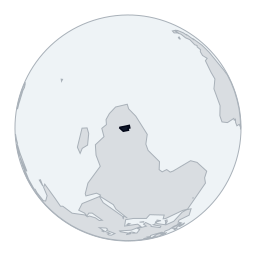 Ghanzi highlighted on a globe, orthographic projection, rotated 168°
{"feature_id": "BWA-1191", "entity_name": "Ghanzi", "entity_type": "District", "adm_level": 1, "iso_a3": "BWA", "parent_name": "Botswana", "parent_adm1": "", "projection": "orthographic", "projection_center": [20.983, -22.159], "detail": "fine", "context": "on_globe", "style": "filled", "palette": "ink", "viewbox_px": 256, "rotation_deg": 168, "n_neighbors": 0, "source": "natural_earth", "source_scale": "10m", "svg_char_len": 4578}
<svg xmlns="http://www.w3.org/2000/svg" viewBox="0 0 256 256"><g transform="rotate(168 128 128)"><circle cx="128" cy="128" r="113" fill="#eef3f6" stroke="#a8b0b8"/><path d="M17.6,105.5L18.2,103.4L17.8,105.1L18.4,108.5L21.0,107.5L21.6,111.0L21.1,114.2L22.4,113.6L22.5,115.4L29.6,112.6L34.8,114.4L35.6,120.9L33.3,130.7L35.8,148.4L32.8,157.9L35.2,165.2L38.3,177.7L36.1,179.7L40.0,183.4L41.4,187.6L40.8,189.6L43.5,193.0L43.3,194.4L45.4,195.5L49.2,201.6L52.9,204.2L56.7,208.8L59.2,210.2L59.1,210.7L60.1,212.0L61.6,213.1L59.4,213.2L54.1,209.6L51.4,206.8L51.2,207.2L45.0,200.3L46.3,202.3L38.5,193.7L33.0,185.4L22.0,164.1L20.6,160.9L19.9,159.6L17.7,150.8L16.2,141.8L15.5,132.7L15.4,123.6L16.2,114.5L17.6,105.5ZM64.4,213.7L60.3,213.7L62.0,213.4L59.6,210.7L63.1,211.4L64.4,213.7ZM59.1,206.5L58.4,204.3L59.3,204.5L59.9,206.1L59.1,206.5ZM142.3,16.3L141.7,16.2L137.4,15.8L141.7,16.4L141.2,16.2L143.5,16.5L144.2,16.5L145.0,16.6L145.8,16.8L153.7,18.3L161.6,20.5L169.2,23.2L176.7,26.4L183.8,30.2L190.7,34.5L197.3,39.2L203.5,44.4L209.3,50.1L214.7,56.1L219.7,62.6L224.2,69.4L228.1,76.4L231.6,83.8L234.5,91.3L236.9,99.1L238.7,107.0L238.8,108.1L238.4,105.7L235.6,96.0L236.8,102.7L239.0,112.1L239.8,120.7L238.9,115.9L237.9,108.3L236.9,104.6L235.9,98.5L232.6,87.9L231.6,87.4L230.5,83.8L225.9,74.5L223.7,73.7L221.2,78.6L222.9,87.6L221.1,90.4L214.0,74.4L210.3,65.5L208.0,65.0L200.4,56.3L188.2,51.9L186.2,49.6L184.0,49.9L178.6,46.9L175.4,43.5L172.3,43.1L180.7,52.2L184.0,52.9L186.4,50.6L188.2,53.8L193.3,57.8L188.6,63.6L170.1,66.9L167.8,60.1L151.5,42.5L151.7,40.9L151.6,40.7L151.4,40.4L150.3,42.9L147.4,40.0L156.6,51.0L158.3,56.1L169.8,67.2L168.8,68.1L172.4,70.8L183.3,70.3L183.5,72.6L178.6,82.5L163.1,96.3L164.9,108.1L163.4,118.4L153.3,124.5L153.7,133.1L148.4,135.8L147.7,140.8L143.2,146.0L135.8,151.1L123.8,151.4L123.4,146.6L117.9,137.9L110.5,117.8L113.9,108.5L113.0,101.9L104.2,88.5L106.2,80.8L103.7,78.0L98.8,79.3L95.9,76.1L92.9,76.5L73.6,83.0L67.6,80.0L60.0,69.4L63.4,63.4L63.7,58.0L86.6,36.3L91.8,36.0L110.2,31.6L112.5,31.9L110.7,35.3L124.8,38.7L128.9,35.7L141.3,38.4L149.4,38.8L151.7,32.8L138.5,31.9L135.9,29.0L146.2,27.4L157.6,29.1L157.0,28.1L149.5,25.1L151.8,24.0L146.8,24.1L149.0,25.2L146.0,25.5L143.7,24.5L144.7,24.1L141.1,23.4L137.7,26.3L139.6,27.7L130.5,28.2L132.8,30.7L130.4,31.9L125.6,28.2L125.9,26.9L117.3,23.9L116.2,25.2L124.2,28.3L121.9,28.1L120.4,30.4L119.6,28.5L111.1,25.4L102.7,27.2L92.5,34.4L87.5,35.9L83.1,35.9L86.4,30.0L97.2,27.3L98.5,25.6L95.9,24.3L99.4,23.8L99.7,23.1L103.7,22.3L109.0,20.1L113.1,19.5L114.8,17.9L117.1,17.5L115.5,18.4L116.5,19.0L126.5,18.4L128.3,18.1L128.6,17.2L131.4,17.4L130.4,16.7L136.0,16.6L128.3,16.2L128.5,15.7L131.6,15.5L130.3,15.4L125.2,15.8L124.4,16.1L125.8,16.4L122.4,17.8L119.0,18.3L117.4,16.9L112.5,17.6L113.4,16.7L122.9,15.5L132.6,15.5L142.3,16.3ZM79.2,45.3L78.7,46.9L79.2,45.3ZM170.2,34.7L176.8,36.5L173.0,32.5L175.3,32.9L173.2,31.5L172.7,32.2L167.5,28.7L170.1,28.6L168.9,27.3L166.6,26.6L162.8,27.5L170.2,32.3L169.0,33.3L170.2,34.7ZM18.2,103.2L18.2,103.8L17.9,104.6L18.2,103.2ZM97.2,21.1L98.7,21.0L97.3,21.8L92.2,23.5L94.1,22.2L97.2,21.1ZM101.1,20.8L101.0,19.5L104.2,18.7L102.4,19.3L104.5,18.9L102.3,19.8L105.5,20.7L104.4,21.6L95.5,23.6L99.0,22.3L97.3,22.3L101.1,20.8ZM115.0,30.5L116.8,30.5L119.6,30.2L118.7,31.9L115.0,30.5ZM109.1,28.3L110.7,28.0L110.9,29.8L109.0,30.0L109.1,28.3ZM111.4,26.4L110.8,27.8L110.0,27.1L111.4,26.4ZM116.9,18.2L118.6,18.0L118.8,18.2L118.0,18.6L116.9,18.2ZM149.5,33.6L147.3,34.6L146.0,33.9L147.0,33.7L149.5,33.6ZM132.3,32.7L136.3,33.5L132.1,33.1L132.3,32.7ZM183.3,187.5L183.2,189.7L181.9,189.2L183.3,187.5ZM181.5,119.7L173.0,137.4L168.0,136.6L167.6,130.7L171.1,119.7L177.0,117.6L180.1,113.1L181.5,119.7ZM239.3,145.5L239.5,140.1L239.3,136.3L239.6,135.1L239.9,139.6L239.4,144.5L239.3,145.5ZM239.6,134.8L238.9,126.0L235.9,106.6L237.1,108.6L239.8,122.5L239.7,123.7L240.1,130.0L239.6,134.8ZM240.4,135.5L240.4,135.1L240.5,132.8L240.6,125.7L240.5,123.4L240.6,123.9L240.4,135.5ZM223.3,88.7L225.6,95.5L224.4,95.6L223.3,88.7ZM219.1,194.3L219.5,192.2L220.9,189.1L223.0,186.6L229.1,175.5L228.8,176.4L232.0,169.8L232.5,170.0L228.7,178.5L224.2,186.6L219.1,194.3Z" fill="#d9dde1" stroke="#a8b0b8" stroke-width="1"/><path d="M126.2,130.3L126.2,130.1L126.2,129.7L126.2,129.4L126.2,129.0L126.2,128.8L126.2,128.5L126.2,128.2L126.2,127.9L126.2,127.7L126.6,127.7L127.0,127.7L127.4,127.7L127.9,127.7L128.0,127.7L128.0,127.4L128.0,127.2L128.0,126.9L128.0,126.7L128.0,126.4L128.0,126.2L128.0,125.9L128.0,125.7L133.3,125.8L136.1,129.7L135.7,130.4L131.7,130.3L126.2,130.3L126.2,130.3Z" fill="#0f172a" stroke="#020617" stroke-width="1.5"/></g></svg>